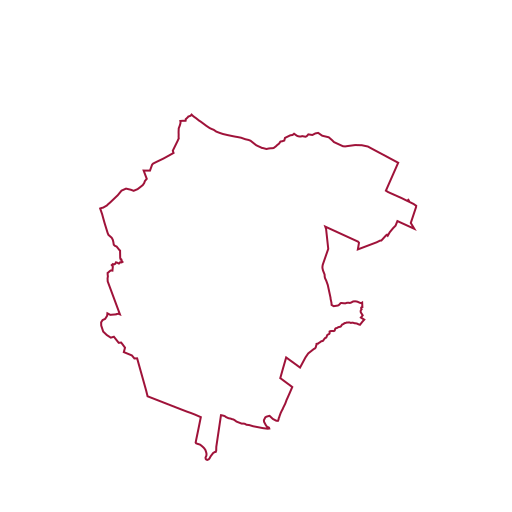 outline of Coxcatlán, San Luis Potosí, Mexico, rotated 329°
{"feature_id": "50627088B1210945284029", "entity_name": "Coxcatlán", "entity_type": "district", "adm_level": 2, "iso_a3": "MEX", "parent_name": "Mexico", "parent_adm1": "San Luis Potosí", "projection": "equal_earth", "projection_center": [-98.903, 21.515], "detail": "fine", "context": "isolated", "style": "outline", "palette": "rose", "viewbox_px": 512, "rotation_deg": 329, "n_neighbors": 0, "source": "geoboundaries", "source_scale": "gbopen_adm2", "svg_char_len": 5439}
<svg xmlns="http://www.w3.org/2000/svg" viewBox="0 0 512 512"><g transform="rotate(329 256 256)"><path d="M419.2,295.4L418.8,294.7L417.9,292.6L414.8,287.8L415.4,287.7L415.6,287.2L415.5,286.3L414.7,286.5L414.4,286.4L413.8,286.3L410.8,281.6L402.2,269.3L401.0,266.9L425.9,249.3L409.8,222.4L408.3,219.8L403.6,215.4L401.3,214.0L398.2,212.0L390.6,208.7L389.1,208.1L388.0,207.4L387.0,206.6L381.5,198.5L380.9,196.0L379.5,191.7L374.7,187.0L372.7,182.5L370.0,181.5L366.7,181.3L365.9,180.7L363.5,178.7L362.0,179.2L361.0,179.4L359.9,179.3L357.3,177.0L356.7,176.9L356.4,176.8L355.5,176.4L354.6,175.8L353.4,174.6L352.9,173.8L351.6,170.8L349.7,171.1L347.5,170.2L341.7,169.7L339.7,171.6L337.4,171.1L336.0,170.5L335.6,170.6L333.8,171.5L330.9,171.9L330.5,172.0L329.9,172.2L326.9,172.5L326.1,172.3L323.4,170.9L322.0,170.3L320.1,169.7L317.3,166.8L316.8,166.5L315.7,164.8L314.3,162.8L313.2,161.1L310.7,154.4L309.4,152.7L307.3,150.7L307.0,150.4L306.9,150.3L304.1,146.9L301.1,144.2L299.9,143.2L297.9,141.4L293.9,137.7L290.5,134.4L288.2,131.7L286.0,128.9L285.0,126.6L284.7,126.0L283.4,124.3L282.2,122.5L280.4,118.7L279.6,116.7L277.7,112.1L277.0,110.8L275.4,106.5L274.8,105.3L274.1,103.5L273.6,101.6L272.2,102.1L269.7,101.6L269.2,101.9L266.5,102.5L266.3,102.5L265.8,103.2L265.3,103.8L264.5,103.4L263.2,102.6L262.3,102.1L260.7,101.3L260.3,102.3L259.6,103.3L257.9,104.9L255.5,106.8L253.4,110.0L252.1,112.3L251.0,114.0L250.2,115.6L249.7,115.8L248.2,116.9L238.9,122.9L238.4,125.2L226.8,124.8L219.4,124.1L215.4,123.8L214.0,124.2L209.1,128.2L203.7,124.9L202.1,133.6L199.4,134.5L197.7,135.9L195.5,136.9L191.7,137.4L188.9,137.7L184.7,137.1L182.8,134.7L179.3,131.3L174.4,130.7L168.8,132.7L158.6,135.0L155.6,135.5L154.2,135.9L149.8,135.8L148.4,135.3L146.9,135.0L145.6,141.1L144.6,144.6L143.2,149.7L140.7,159.8L140.4,161.9L141.7,166.0L141.6,168.3L140.9,170.6L140.2,172.3L139.9,173.1L140.1,173.8L140.3,174.6L141.4,176.1L142.0,180.7L142.3,181.3L138.6,187.7L138.2,189.2L138.8,189.5L138.8,189.8L138.5,190.4L138.4,191.3L138.5,192.3L137.6,192.3L137.1,192.1L136.4,191.4L134.6,191.9L133.4,190.0L132.7,189.3L131.5,190.1L131.3,190.2L130.8,190.1L129.9,190.1L129.6,189.9L129.2,189.2L127.7,189.5L127.9,191.1L127.7,191.5L125.4,194.6L124.4,193.8L124.0,193.6L122.6,193.7L121.2,194.0L120.1,194.1L119.3,195.5L118.6,197.1L117.2,198.8L115.8,201.4L109.3,235.9L108.3,234.6L106.4,233.9L106.1,234.0L100.8,231.4L99.1,228.6L97.7,230.5L94.3,232.2L91.5,231.9L89.1,233.1L87.5,235.9L86.1,242.1L87.4,246.9L89.5,251.2L92.6,252.0L93.6,259.7L95.8,260.7L96.1,262.9L96.5,267.1L93.2,270.3L98.4,277.3L99.0,281.2L101.4,282.5L92.5,314.9L90.8,320.4L112.1,348.0L116.7,353.9L119.3,357.0L122.0,360.5L125.7,365.7L116.2,376.1L110.0,382.8L109.3,383.6L108.2,384.8L108.2,385.7L108.6,386.2L109.2,387.0L109.8,387.6L110.9,388.9L111.3,389.9L111.6,390.7L112.0,391.9L112.4,393.3L112.6,394.4L112.7,396.3L112.4,397.7L111.9,399.6L111.3,400.7L110.5,401.7L109.6,402.3L108.9,402.8L108.4,404.0L108.5,404.7L108.8,405.2L109.2,405.7L110.8,405.9L111.8,405.6L114.0,404.3L117.8,402.8L119.0,402.8L120.0,402.8L120.5,403.2L121.6,402.4L123.7,399.1L144.0,374.4L144.4,374.7L146.2,376.5L146.6,377.0L147.1,377.9L147.3,378.6L148.9,380.9L150.6,382.4L151.2,383.3L152.2,384.2L153.0,385.4L154.0,387.9L156.7,391.4L157.4,392.3L159.1,393.3L160.0,394.1L160.9,395.7L163.2,397.5L165.8,400.4L173.5,407.3L177.1,410.1L178.5,410.7L178.7,409.8L178.3,409.1L177.5,408.1L177.3,405.9L177.5,402.3L178.2,400.8L180.9,399.1L182.2,399.1L184.4,399.7L185.3,400.0L186.5,404.3L188.5,407.6L189.9,408.6L191.1,407.8L191.9,406.8L193.1,406.0L193.3,405.7L194.9,404.4L196.4,403.2L198.7,401.7L200.3,400.8L200.4,400.6L202.4,399.3L204.9,397.7L207.3,395.8L207.7,395.4L209.6,394.1L214.3,390.8L219.6,387.0L213.9,373.2L221.1,366.4L229.6,358.5L236.3,374.3L246.2,368.4L250.6,366.4L257.6,365.5L258.8,365.6L260.0,365.2L261.4,363.8L261.9,363.5L262.6,362.5L263.0,362.6L264.1,363.1L264.6,362.9L266.2,362.9L268.2,362.7L269.3,363.2L270.1,363.1L271.0,362.6L273.0,361.9L274.0,362.1L274.5,361.9L276.3,360.5L276.7,360.4L277.1,360.4L278.7,360.5L279.0,360.3L279.5,359.9L280.0,358.8L280.2,358.6L281.1,358.7L281.8,359.1L282.6,359.4L283.6,360.2L284.2,360.4L284.7,360.5L285.1,360.4L286.1,359.4L287.0,359.0L288.2,359.4L289.1,359.4L290.0,359.4L291.7,360.0L292.3,360.1L294.6,359.1L296.1,359.4L297.0,359.1L297.3,359.1L298.1,359.5L298.4,359.6L299.4,359.7L300.9,360.6L301.3,360.7L301.6,360.9L302.1,361.3L302.5,361.9L302.8,362.2L304.1,362.7L304.7,363.1L305.8,364.3L306.3,364.8L306.8,365.0L307.9,366.1L308.3,366.8L308.8,367.5L309.7,368.5L313.4,367.1L316.0,366.3L314.2,362.8L315.3,362.4L316.9,361.8L316.8,358.3L317.3,357.1L318.0,356.5L319.1,356.1L319.3,354.7L320.1,354.3L320.5,354.3L320.9,354.5L323.0,350.6L322.1,350.6L321.5,350.2L321.0,349.7L319.4,347.4L318.1,346.2L316.0,345.0L313.5,344.9L313.1,344.8L312.6,344.7L312.0,344.4L311.1,343.6L310.3,343.2L309.7,342.9L308.2,342.6L307.0,341.8L304.9,340.2L304.6,340.1L304.2,340.0L302.3,340.6L301.3,340.7L300.6,340.6L296.7,339.0L296.2,338.0L295.6,336.9L296.6,334.9L297.9,331.1L298.4,330.1L302.6,317.8L303.5,313.3L303.6,312.3L303.7,311.0L303.8,310.4L304.2,309.2L305.2,307.3L305.3,306.9L306.0,302.8L306.7,300.7L307.1,299.9L307.6,299.2L308.5,298.1L309.5,297.2L321.6,287.1L330.0,268.9L330.5,266.5L350.9,296.3L351.1,297.7L346.7,302.8L366.5,306.4L370.3,306.7L371.4,307.3L377.4,305.5L378.6,305.2L379.1,305.2L379.1,305.7L379.3,306.5L382.9,304.5L388.0,302.7L391.2,301.9L395.2,298.9L405.7,314.2L405.7,307.4L418.4,296.5L419.2,295.4Z" fill="none" stroke="#9f1239" stroke-width="2"/></g></svg>